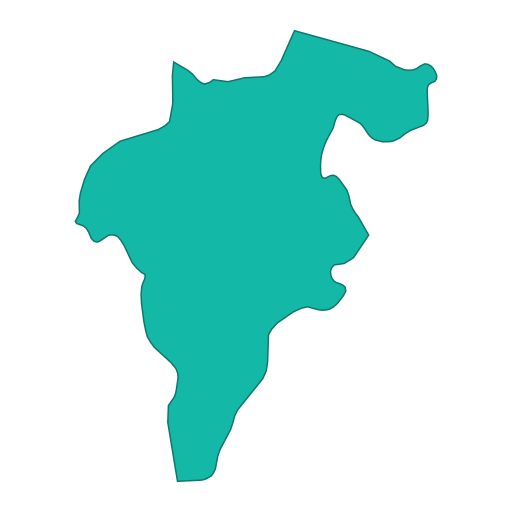 Carlow, orthographic projection
{"feature_id": "IRL-77", "entity_name": "Carlow", "entity_type": "County", "adm_level": 1, "iso_a3": "IRL", "parent_name": "Ireland", "parent_adm1": "", "projection": "orthographic", "projection_center": [-6.775, 52.691], "detail": "fine", "context": "isolated", "style": "filled", "palette": "teal", "viewbox_px": 512, "rotation_deg": 0, "n_neighbors": 0, "source": "natural_earth", "source_scale": "10m", "svg_char_len": 2191}
<svg xmlns="http://www.w3.org/2000/svg" viewBox="0 0 512 512"><path d="M228.0,81.7L244.6,77.8L264.3,76.7L269.1,75.1L275.0,71.0L281.2,60.7L294.5,30.7L369.0,51.4L389.6,61.1L395.5,66.3L404.7,69.9L408.8,70.2L412.8,70.0L416.6,68.6L419.8,66.3L424.6,63.9L427.8,64.3L430.6,65.8L433.0,68.2L434.7,70.8L436.7,75.3L436.5,78.9L435.0,81.1L433.4,82.0L430.7,83.1L428.5,84.9L427.3,87.8L427.2,91.6L428.1,112.2L428.0,116.4L427.6,120.3L426.1,123.3L423.4,125.4L410.7,130.3L405.0,133.8L400.0,137.8L394.1,140.7L390.5,141.6L382.5,141.8L375.2,139.9L372.1,138.1L369.8,136.0L367.8,133.5L364.2,128.0L362.1,125.3L359.8,123.1L344.9,115.0L341.8,114.3L338.6,114.8L336.6,117.3L335.2,120.8L333.1,128.1L326.6,140.2L323.8,146.8L321.7,154.0L320.9,159.2L320.5,164.8L320.7,173.7L322.3,177.5L324.9,178.4L330.3,175.7L333.4,175.2L336.2,176.4L339.1,179.2L346.8,190.0L348.9,196.0L350.6,204.2L352.6,208.6L355.4,213.3L358.0,216.4L368.7,235.1L353.5,257.7L344.2,263.5L334.3,264.9L331.8,267.5L330.5,271.0L330.8,274.9L331.9,278.3L333.6,280.7L336.0,282.4L340.6,284.0L343.3,285.4L345.1,287.1L345.8,291.1L343.4,295.7L337.7,303.1L333.8,306.7L329.9,309.0L326.4,309.9L322.6,310.2L318.6,309.8L307.6,306.8L301.1,308.3L293.0,312.1L277.5,322.8L271.7,329.1L268.5,334.8L267.6,361.6L266.3,370.7L262.7,378.8L237.6,409.9L234.6,416.0L233.1,421.9L230.7,429.3L219.9,449.9L217.7,456.3L215.4,468.9L213.5,472.9L211.1,476.1L205.2,479.2L201.7,480.1L177.5,481.3L167.8,422.4L168.4,405.6L173.9,397.6L175.4,394.1L176.3,390.1L178.1,377.5L177.7,373.1L175.9,368.5L171.0,362.6L154.5,347.5L150.7,342.4L147.3,336.7L145.7,330.5L143.9,321.7L141.5,303.4L141.1,294.1L141.7,287.1L142.9,283.1L144.7,278.8L145.2,276.2L144.7,274.2L141.6,272.5L136.7,268.1L132.4,262.9L131.8,261.8L124.0,245.3L120.9,240.4L117.9,236.7L114.8,235.2L111.4,234.8L108.3,235.4L100.1,240.9L97.3,242.1L94.0,241.3L91.2,238.2L88.6,232.1L86.3,228.3L83.4,225.9L76.7,223.5L75.3,221.4L77.8,216.9L79.4,212.9L79.2,200.5L80.5,192.7L84.5,179.4L90.5,166.0L103.0,153.3L120.1,141.2L158.4,129.5L165.2,125.6L169.5,121.6L172.5,105.3L172.8,101.3L172.4,75.5L173.7,62.0L187.9,70.4L192.6,74.2L196.8,79.2L199.2,81.3L201.8,83.1L204.7,84.0L209.9,82.3L213.3,79.7L228.0,81.7Z" fill="#14b8a6" stroke="#0f766e" stroke-width="1.5"/></svg>